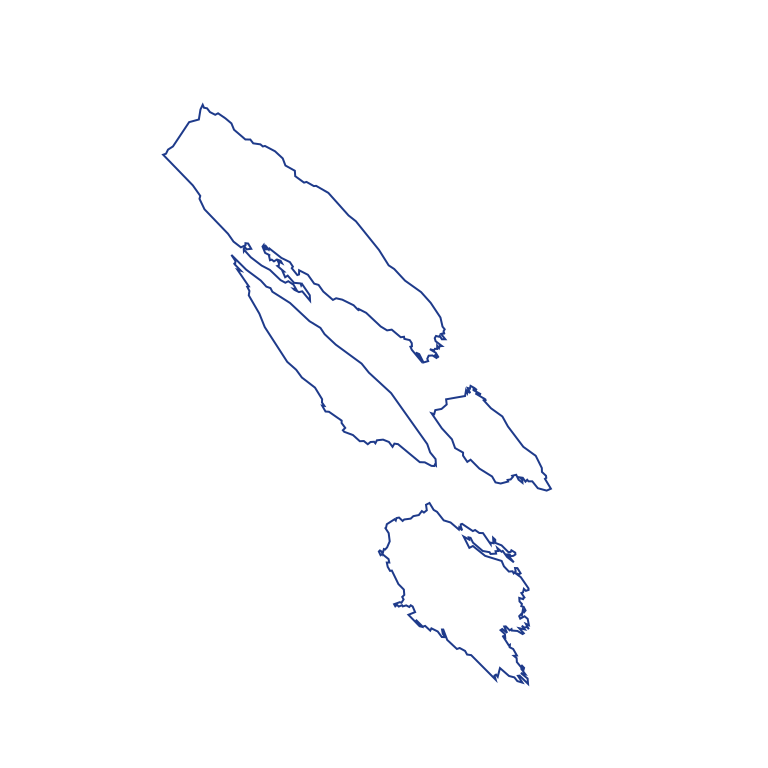 Nesna nor, Nordland, Norway (Robinson projection), rotated 241°
{"feature_id": "86288312B50581402621032", "entity_name": "Nesna nor", "entity_type": "district", "adm_level": 2, "iso_a3": "NOR", "parent_name": "Norway", "parent_adm1": "Nordland", "projection": "robinson", "projection_center": [12.999, 66.233], "detail": "fine", "context": "isolated", "style": "outline", "palette": "blue", "viewbox_px": 768, "rotation_deg": 241, "n_neighbors": 0, "source": "geoboundaries", "source_scale": "gbopen_adm2", "svg_char_len": 6137}
<svg xmlns="http://www.w3.org/2000/svg" viewBox="0 0 768 768"><g transform="rotate(241 384 384)"><path d="M716.1,360.8L713.1,356.6L705.1,350.3L707.5,340.5L694.1,314.6L693.7,308.7L691.1,305.0L691.6,302.0L650.4,313.1L637.6,314.5L635.4,312.4L623.8,311.7L591.0,320.4L581.5,321.4L572.9,325.1L572.5,330.1L574.3,331.1L572.7,333.3L566.6,333.4L568.4,329.1L571.1,328.7L570.3,326.9L568.2,325.9L568.7,326.8L559.5,328.9L546.9,334.4L539.1,339.5L525.0,343.9L520.4,346.8L520.3,350.1L514.7,353.0L509.3,353.1L511.2,350.9L509.8,351.3L505.6,354.2L504.7,357.4L492.7,359.7L497.6,362.1L511.1,360.8L510.3,359.4L512.4,359.8L516.1,354.4L525.5,352.3L525.3,349.3L531.5,349.9L530.9,351.0L538.9,348.0L538.6,349.4L540.4,350.6L543.1,350.8L539.2,353.3L541.9,353.3L544.8,350.7L544.6,347.2L547.2,346.1L547.5,344.3L552.3,345.7L551.7,346.7L556.3,343.6L563.1,344.4L563.9,346.2L559.8,344.8L558.5,347.0L563.3,347.3L557.2,348.4L558.0,349.5L544.0,355.4L536.2,360.8L530.8,361.2L530.0,359.5L521.3,361.0L521.0,362.8L524.6,364.9L516.4,370.4L505.6,371.6L502.4,374.8L494.3,375.7L482.3,380.1L482.2,383.7L478.0,388.4L467.6,395.6L461.6,397.2L460.2,398.1L462.8,397.6L454.9,402.9L435.9,409.0L429.4,412.7L427.8,417.1L416.8,421.3L415.6,424.4L413.6,423.7L409.9,427.8L406.3,428.1L403.4,426.7L403.8,425.2L400.4,424.9L385.8,427.7L387.7,428.7L396.0,427.1L393.1,429.3L383.7,429.0L382.6,433.7L385.1,434.1L387.1,436.8L385.4,440.3L380.6,442.9L385.2,442.5L380.7,444.6L386.3,444.4L392.2,441.0L389.2,444.1L390.1,445.6L388.9,447.5L391.7,449.1L388.7,449.5L390.1,451.0L389.1,453.1L396.4,449.9L399.5,450.6L400.8,452.8L398.7,455.0L399.2,456.1L395.1,456.3L393.4,459.3L400.1,458.2L399.6,460.7L398.2,461.0L401.3,461.7L402.4,463.6L405.8,463.0L414.8,465.6L432.3,464.2L446.4,461.0L464.2,452.5L479.6,448.7L485.5,445.6L503.7,444.6L540.0,438.3L548.6,434.7L578.1,428.0L590.2,420.7L591.1,418.6L598.3,414.2L598.9,411.7L608.8,407.1L613.7,409.4L622.9,403.7L630.4,404.8L640.4,401.5L649.9,395.3L650.5,393.2L653.5,392.1L657.9,386.3L662.6,385.6L665.1,381.3L679.1,376.1L685.9,376.9L693.2,374.1L701.2,370.1L701.3,366.9L706.2,363.6L710.9,362.9L712.9,360.5L716.1,360.8ZM186.5,286.1L184.1,286.1L184.6,288.3L182.2,289.0L181.8,292.5L180.4,292.6L179.6,296.1L176.7,298.0L177.5,300.1L175.5,301.2L169.4,300.6L170.3,293.5L154.9,297.7L153.6,299.1L162.4,297.5L153.0,300.2L152.5,302.7L145.9,304.9L147.3,307.0L141.5,311.0L134.7,311.9L132.9,314.8L136.9,314.3L141.1,315.7L140.5,316.8L129.5,315.2L116.9,319.3L116.4,322.2L111.2,325.5L107.1,325.5L104.6,328.8L71.2,338.3L75.4,339.3L75.5,341.1L72.8,341.5L79.3,347.7L68.0,351.8L64.2,355.8L59.5,356.6L55.7,360.3L63.8,359.7L63.2,361.2L51.9,364.6L56.8,366.8L64.8,363.6L61.6,366.9L68.3,366.0L69.1,367.1L66.4,367.5L67.8,368.9L70.8,368.1L70.4,366.5L76.4,365.4L79.9,367.1L83.3,365.8L82.1,368.6L89.6,368.5L92.8,366.3L94.9,367.7L94.9,366.4L106.4,365.7L103.7,367.2L106.6,368.5L112.2,366.6L112.4,368.6L106.7,371.0L113.6,371.6L113.0,373.0L107.6,374.5L107.8,376.7L106.4,376.3L103.3,381.0L98.1,384.0L98.2,385.4L104.9,383.8L101.1,388.2L105.8,387.4L103.1,388.5L102.0,391.4L99.3,391.8L105.4,391.8L102.8,393.8L109.0,395.8L112.7,394.3L112.7,389.4L115.4,389.7L116.3,392.5L114.9,392.5L119.2,396.0L116.5,396.0L117.3,398.0L121.4,398.1L123.1,396.4L124.8,398.0L128.1,397.1L131.3,398.6L127.8,401.9L129.1,401.5L129.2,403.3L134.6,402.8L134.4,404.6L137.0,407.0L134.3,407.8L133.8,410.6L135.2,411.3L148.7,410.0L155.3,407.0L152.1,409.9L152.2,411.7L158.3,411.4L159.5,409.4L156.4,408.4L155.5,405.6L157.9,405.6L159.4,402.3L166.4,400.5L172.2,401.1L184.7,389.1L199.2,383.2L199.3,379.2L211.9,379.7L206.7,383.0L208.8,383.7L207.5,385.1L202.1,384.9L190.1,389.4L185.7,394.8L183.7,394.8L181.3,399.8L183.7,400.5L182.5,403.0L185.6,403.6L180.3,405.5L180.4,406.9L173.0,407.8L165.1,411.1L175.1,409.2L173.9,411.3L171.9,411.4L171.0,413.9L171.2,416.3L172.9,417.0L176.8,414.8L175.7,413.4L176.6,411.3L185.9,408.6L191.1,404.3L193.9,405.8L196.6,404.9L191.7,402.5L193.6,400.3L192.2,399.6L205.6,398.3L207.5,395.1L212.1,392.9L212.3,390.4L223.8,384.5L224.0,383.1L222.3,382.1L218.1,381.4L222.1,380.3L220.4,378.9L230.6,375.1L235.8,370.1L246.5,368.4L249.8,366.4L257.9,366.1L258.0,362.2L252.8,360.2L252.2,356.6L254.5,355.5L252.5,350.9L254.2,345.6L253.3,342.1L255.7,336.0L255.2,333.9L259.9,332.4L260.7,329.9L258.9,328.1L260.6,327.7L260.0,318.5L257.0,315.8L258.1,315.3L251.3,315.8L243.6,312.7L239.6,307.5L238.7,304.7L239.7,303.9L236.1,300.4L238.8,300.6L240.4,299.7L240.0,298.3L235.9,298.0L236.0,300.1L228.7,303.1L225.3,302.1L226.5,299.9L222.3,298.6L217.6,298.7L217.0,300.4L202.0,299.6L194.6,301.7L189.7,299.5L188.9,296.7L186.1,296.7L184.2,293.2L185.5,292.1L186.5,286.1ZM491.6,307.3L450.3,310.1L439.0,314.1L429.5,315.3L414.3,321.9L400.7,322.5L397.9,320.8L393.8,321.2L395.1,319.4L388.3,319.5L386.4,322.4L372.5,329.2L370.4,328.0L364.4,328.8L363.5,325.6L361.5,326.0L354.4,332.1L345.7,335.1L343.9,338.7L339.2,340.6L339.8,344.1L338.3,347.3L336.3,347.7L338.2,350.5L335.8,356.2L330.9,360.2L324.9,361.0L326.8,364.2L324.6,367.1L298.3,377.4L295.7,381.7L289.4,385.8L287.9,388.2L288.8,389.4L287.5,389.9L293.3,392.7L301.8,391.2L310.5,392.7L372.6,385.8L401.2,376.3L412.7,374.3L441.8,360.9L456.4,356.2L463.9,355.6L475.0,349.3L500.4,341.1L518.8,331.1L522.9,331.2L526.2,328.3L534.2,326.4L550.8,318.9L570.9,313.1L563.6,313.7L561.3,312.1L562.6,311.4L561.2,311.4L552.5,313.7L555.1,311.2L534.8,313.1L535.4,311.5L530.6,311.4L527.1,308.7L506.0,309.1L491.6,307.3ZM335.3,411.4L317.2,413.1L302.7,416.6L293.5,415.1L285.7,419.9L283.0,418.4L275.5,419.1L275.8,423.0L263.8,426.4L250.7,433.7L243.9,433.8L240.4,437.8L238.5,445.3L240.2,445.6L239.1,448.5L240.3,451.7L241.6,451.6L240.5,455.6L235.1,455.3L230.5,457.2L233.3,458.5L236.6,457.4L234.7,459.9L230.0,460.4L230.8,462.8L228.8,463.2L227.0,466.5L218.3,468.0L211.9,474.6L211.5,479.2L223.0,478.8L223.2,480.4L225.2,481.2L230.5,479.5L234.0,481.3L247.6,481.9L261.5,475.4L286.8,471.8L298.2,471.8L310.9,465.8L321.4,463.3L321.2,464.9L319.7,464.8L321.4,465.2L331.4,459.4L328.0,463.8L335.2,459.3L336.2,459.9L333.7,462.3L336.7,461.1L340.4,458.8L338.3,456.9L339.9,455.3L334.3,455.0L337.4,453.7L335.9,452.5L338.7,452.7L334.2,449.1L340.5,430.9L335.7,428.9L334.3,422.2L336.3,416.2L333.3,413.3L335.3,411.4Z" fill="none" stroke="#1e3a8a" stroke-width="2"/></g></svg>